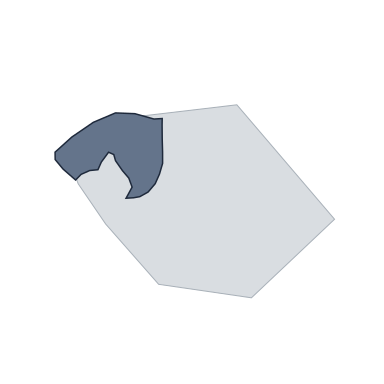 where South East sits in Singapore, rotated 204°
{"feature_id": "SGP-4875", "entity_name": "South East", "entity_type": "state/province", "adm_level": 1, "iso_a3": "SGP", "parent_name": "Singapore", "parent_adm1": "", "projection": "equal_earth", "projection_center": [103.927, 1.348], "detail": "fine", "context": "in_parent", "style": "filled", "palette": "slate", "viewbox_px": 384, "rotation_deg": 204, "n_neighbors": 0, "source": "natural_earth", "source_scale": "10m", "svg_char_len": 710}
<svg xmlns="http://www.w3.org/2000/svg" viewBox="0 0 384 384"><g transform="rotate(204 192 192)"><path d="M306.4,218.7L186.5,289.9L50.7,225.1L94.7,119.5L184.9,94.1L257.8,127.6L299.3,153.2L327.7,182.3L306.4,218.7Z" fill="#d9dde1" stroke="#a8b0b8" stroke-width="1"/><path d="M303.2,155.6L319.1,160.5L330.2,166.0L333.3,172.7L324.1,193.4L310.5,215.5L294.1,233.1L276.1,240.3L256.4,243.2L249.1,247.0L246.6,241.1L240.9,228.6L235.2,216.7L230.5,206.2L229.0,195.1L229.0,184.6L232.1,174.1L237.8,166.5L243.0,163.0L249.7,159.5L248.7,172.1L255.4,179.0L264.2,183.2L274.6,189.5L278.7,194.4L284.4,194.4L287.0,182.5L287.0,174.1L294.2,170.0L300.5,163.0L303.2,155.6Z" fill="#64748b" stroke="#1e293b" stroke-width="1.5"/></g></svg>